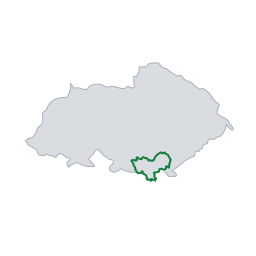 Liberecký highlighted on a map of Czechia, rotated 167°
{"feature_id": "CZE-1597", "entity_name": "Liberecký", "entity_type": "Region", "adm_level": 1, "iso_a3": "CZE", "parent_name": "Czechia", "parent_adm1": "", "projection": "albers", "projection_center": [15.007, 50.741], "detail": "fine", "context": "in_parent", "style": "outline", "palette": "green", "viewbox_px": 256, "rotation_deg": 167, "n_neighbors": 0, "source": "natural_earth", "source_scale": "10m", "svg_char_len": 5122}
<svg xmlns="http://www.w3.org/2000/svg" viewBox="0 0 256 256"><g transform="rotate(167 128 128)"><path d="M230.2,139.0L229.5,139.1L227.8,139.9L225.5,140.3L223.1,140.3L221.3,141.6L219.6,143.8L217.8,145.3L216.9,146.6L216.4,147.9L210.3,151.9L209.5,153.5L208.9,155.6L208.7,158.4L208.3,161.0L207.3,162.4L204.0,163.7L203.1,164.3L202.6,165.7L200.7,167.7L198.6,169.7L194.5,172.0L190.1,172.9L184.4,172.3L181.0,171.6L179.4,172.6L177.2,175.5L174.9,180.4L174.0,184.1L173.2,183.1L171.7,179.2L170.1,178.8L168.0,178.5L166.4,177.9L162.9,175.8L161.1,175.1L159.0,175.0L157.1,176.3L155.7,177.9L151.1,178.0L146.0,177.3L138.8,172.3L136.9,172.3L134.9,172.5L131.8,171.3L125.7,168.0L122.8,167.2L121.0,167.7L119.4,168.5L118.2,168.6L117.5,167.5L115.3,166.1L113.0,166.0L112.4,166.8L111.6,174.1L110.8,176.8L107.7,176.7L106.6,177.9L104.1,181.5L103.6,184.9L99.3,184.2L97.3,183.6L95.5,184.0L93.5,185.9L88.0,185.7L83.6,184.5L81.8,180.3L79.8,178.6L77.3,177.1L76.5,176.7L75.1,174.4L72.5,171.5L68.4,167.5L65.1,167.6L63.9,166.6L63.3,165.1L62.0,162.6L60.5,160.9L58.7,160.1L56.0,157.9L52.6,153.0L49.4,149.6L46.2,149.6L44.2,147.8L42.3,145.4L40.8,143.2L38.7,137.8L37.1,134.7L35.8,132.7L34.4,131.1L33.9,129.9L35.8,127.1L36.5,125.7L37.4,124.6L37.8,123.5L37.9,122.6L36.3,119.8L34.2,117.7L31.0,115.5L29.0,112.8L28.3,110.4L28.2,109.1L26.8,107.3L25.8,104.7L25.8,103.1L26.1,102.7L27.2,102.7L28.4,103.8L30.0,105.9L31.2,109.0L32.1,107.9L33.8,104.7L36.8,101.2L39.8,99.3L42.4,99.2L44.5,98.7L46.3,97.7L49.4,98.2L51.6,99.0L52.3,98.6L53.3,96.8L53.9,95.2L58.8,94.3L60.6,91.3L61.6,91.3L62.7,90.9L63.7,89.7L64.7,89.2L65.5,89.8L66.6,90.3L67.7,89.5L69.3,86.0L70.2,85.5L74.6,85.0L80.5,83.0L83.5,81.1L86.4,80.2L89.5,78.4L94.5,76.7L94.8,76.0L92.5,74.1L91.7,73.0L91.2,71.8L92.0,70.5L93.1,70.1L94.5,70.7L98.7,71.5L99.8,72.2L100.2,74.1L101.2,75.8L102.1,76.0L101.8,78.8L103.1,79.8L105.0,80.7L106.3,80.5L107.2,79.4L107.6,78.6L110.1,78.5L112.7,77.3L112.9,75.4L112.8,71.8L113.1,71.3L117.0,72.3L120.9,73.9L121.5,77.5L122.5,79.2L123.8,80.8L125.0,81.5L127.0,81.6L132.4,83.7L135.0,84.1L137.6,85.6L139.9,87.0L141.5,87.3L142.3,88.9L143.3,90.1L145.1,89.2L151.5,87.9L153.8,89.4L155.4,91.1L155.6,91.6L154.9,93.2L154.5,94.3L153.8,95.1L151.6,96.0L150.4,97.3L149.5,98.8L150.1,100.2L152.0,101.2L153.3,101.4L153.8,102.4L158.0,106.9L161.4,112.8L162.7,113.7L163.9,113.9L165.3,113.0L166.8,111.0L168.7,109.6L170.3,108.8L173.1,107.1L173.2,106.0L170.7,102.0L169.3,98.8L169.6,98.2L172.6,98.7L177.8,100.3L185.9,105.9L187.3,105.8L190.0,105.3L193.0,104.2L194.4,103.1L194.9,103.5L195.5,106.7L194.8,108.4L191.2,110.3L191.5,111.1L192.5,112.2L194.1,112.8L196.2,114.8L197.6,117.1L198.8,118.2L200.2,118.6L203.4,117.3L204.3,116.2L204.7,115.5L205.3,115.6L206.5,116.7L206.9,117.4L210.2,118.6L212.1,120.1L213.3,120.8L214.6,120.0L219.7,121.1L221.2,122.1L221.7,123.9L221.5,125.0L222.4,127.8L229.2,134.2L230.1,137.6L230.2,139.0Z" fill="#d9dde1" stroke="#a8b0b8" stroke-width="1"/><path d="M101.6,78.9L101.7,79.2L102.8,79.5L103.2,79.8L104.3,80.6L105.4,80.9L106.1,80.9L106.6,80.8L106.9,80.4L107.1,79.9L107.6,78.6L108.2,78.7L109.3,78.4L112.7,78.6L112.8,78.2L112.7,76.6L112.7,76.4L112.7,76.0L112.8,75.8L113.1,75.5L113.2,75.3L113.1,73.9L112.7,73.2L112.2,72.9L112.1,72.3L112.2,72.2L112.4,72.1L112.5,72.0L112.7,71.9L113.1,71.6L113.3,71.4L113.4,71.0L113.9,71.5L115.4,71.9L115.7,72.3L116.0,72.7L116.4,72.9L116.8,72.8L116.9,72.3L117.1,71.7L117.5,71.4L117.9,71.6L118.0,72.3L118.3,73.0L120.0,73.0L120.8,73.4L121.2,74.2L121.2,74.7L120.9,75.2L120.7,76.0L120.8,76.7L121.1,77.5L121.5,78.3L121.8,78.8L122.4,79.3L122.9,79.5L123.4,79.9L123.7,80.8L123.7,81.2L123.7,81.7L123.6,82.1L123.8,82.5L124.2,82.6L124.6,82.3L124.9,81.8L125.1,81.5L126.4,81.3L128.8,82.2L129.2,83.5L130.2,85.5L130.3,85.9L130.2,86.2L130.1,86.4L130.0,86.8L130.0,87.2L130.1,88.1L130.1,88.5L130.3,88.9L130.7,89.4L130.8,89.6L130.9,89.9L130.9,90.1L130.9,90.4L130.9,90.7L130.7,91.7L130.7,91.9L130.8,92.1L131.8,94.4L131.9,94.7L131.9,95.0L131.9,95.3L131.7,95.6L131.4,95.8L129.1,95.4L128.7,95.2L128.1,94.5L127.9,94.4L127.6,94.4L126.8,94.7L126.6,94.8L126.5,95.0L126.5,96.5L126.4,96.9L126.3,97.1L126.1,97.3L125.9,97.3L125.7,97.3L125.5,97.2L125.0,96.8L124.1,95.7L123.5,95.2L122.2,94.7L121.9,94.7L121.6,94.8L120.3,96.3L120.1,96.3L119.9,96.3L119.7,96.2L118.1,94.8L117.6,94.7L117.4,94.7L117.2,94.8L116.1,93.9L115.8,93.3L115.5,91.9L114.7,92.1L114.3,92.0L114.1,91.8L113.6,91.1L113.4,91.0L113.2,91.0L112.5,91.0L112.3,90.9L112.0,90.7L111.8,90.6L111.6,90.7L111.2,90.9L110.7,90.7L110.4,90.8L109.9,91.5L109.1,92.2L108.9,92.4L108.8,92.6L108.5,93.2L108.3,93.5L108.0,93.7L107.5,94.0L107.3,94.2L107.0,94.5L106.7,94.7L105.6,95.2L104.4,96.0L101.7,96.7L101.2,96.8L100.9,96.7L100.7,96.4L100.7,96.1L100.6,95.9L100.4,95.7L100.2,95.7L99.8,95.7L99.2,95.6L97.9,95.6L97.5,95.7L97.3,94.6L95.2,92.9L93.6,87.5L93.5,87.3L93.6,87.1L93.7,86.9L93.8,86.8L94.2,86.5L94.8,85.1L94.9,84.9L95.6,84.3L95.7,84.1L95.7,83.9L95.7,83.4L95.8,83.2L96.0,82.8L96.4,82.5L96.7,80.5L96.9,80.3L97.0,80.2L97.2,80.3L98.8,82.0L99.0,82.0L99.3,82.0L99.5,81.8L99.7,81.6L99.8,81.3L99.9,80.9L100.0,80.2L100.2,79.8L100.3,79.7L101.2,79.6L101.3,79.5L101.4,79.4L101.5,79.3L101.6,79.0L101.6,78.9Z" fill="none" stroke="#15803d" stroke-width="2"/></g></svg>